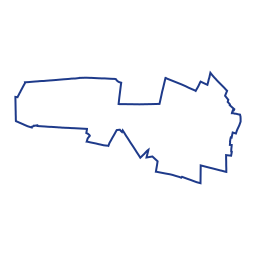 the district of Tezoyuca, México, Mexico
{"feature_id": "50627088B56189493981612", "entity_name": "Tezoyuca", "entity_type": "district", "adm_level": 2, "iso_a3": "MEX", "parent_name": "Mexico", "parent_adm1": "México", "projection": "albers", "projection_center": [-98.934, 19.594], "detail": "fine", "context": "isolated", "style": "outline", "palette": "blue", "viewbox_px": 256, "rotation_deg": 0, "n_neighbors": 0, "source": "geoboundaries", "source_scale": "gbopen_adm2", "svg_char_len": 4247}
<svg xmlns="http://www.w3.org/2000/svg" viewBox="0 0 256 256"><path d="M15.9,121.1L16.2,121.3L16.4,121.3L16.6,121.4L17.0,121.6L17.8,121.9L18.2,122.1L18.6,122.3L19.1,122.5L19.5,122.7L19.8,122.8L20.2,123.0L20.8,123.2L21.1,123.4L21.8,123.7L22.1,123.8L23.0,124.2L24.1,124.7L24.2,124.8L24.8,125.0L25.6,125.4L26.1,125.6L26.5,125.7L26.8,125.9L27.2,126.1L27.4,126.2L27.6,126.2L28.4,126.5L29.8,126.9L31.1,127.3L31.8,127.5L32.0,126.7L32.3,126.6L33.6,126.1L33.7,125.9L34.0,125.6L34.6,125.8L36.0,125.5L37.3,125.3L37.4,126.0L37.8,126.0L38.7,126.1L39.7,126.2L40.1,126.2L41.7,126.3L43.1,126.4L45.1,126.5L46.0,126.6L46.3,126.6L47.3,126.7L48.9,126.8L50.6,126.9L51.9,126.9L53.1,127.0L54.9,127.1L56.0,127.2L56.3,127.2L57.8,127.3L58.4,127.4L59.2,127.4L60.7,127.5L61.5,127.6L62.9,127.7L63.7,127.7L65.3,127.8L65.7,127.8L68.6,127.9L71.5,128.1L74.4,128.2L87.0,128.9L87.0,129.1L86.4,132.6L86.3,133.0L88.1,133.9L88.5,134.3L89.3,134.9L89.8,135.8L87.8,138.2L87.6,138.6L86.7,141.6L87.0,141.6L90.5,142.4L96.0,143.5L99.2,144.3L99.4,144.3L103.8,145.3L106.5,145.6L108.2,145.7L108.4,145.8L109.5,142.9L111.0,140.3L112.4,137.7L113.7,135.5L114.6,133.9L116.7,130.1L119.8,129.7L121.0,131.1L122.0,132.0L122.7,130.4L124.5,133.2L126.2,136.0L127.5,137.9L129.1,140.4L130.4,142.5L132.9,146.2L135.1,149.6L136.8,152.3L138.6,155.0L140.3,157.7L141.5,156.6L142.4,155.7L143.4,154.7L144.1,154.1L145.5,152.5L147.1,150.8L148.4,149.8L148.3,150.4L146.9,155.9L146.6,157.0L146.5,157.5L149.4,157.0L152.4,156.5L155.0,158.9L157.6,161.3L157.0,165.2L156.3,169.2L156.2,169.8L155.9,171.7L156.2,171.7L159.2,172.3L162.3,172.9L165.4,173.5L170.0,174.3L172.5,174.9L176.0,176.0L179.5,177.0L180.0,177.2L181.2,177.7L182.0,176.8L184.9,177.9L187.9,179.0L190.8,180.0L193.7,181.1L196.7,182.2L200.5,183.2L200.6,174.3L200.6,174.2L200.7,165.4L209.2,167.6L213.3,168.6L219.1,170.1L220.6,170.5L221.3,170.6L223.5,171.2L224.6,171.5L225.8,171.8L226.3,171.9L226.3,168.6L226.2,165.2L226.2,161.8L226.1,158.5L226.1,155.1L226.8,155.2L231.1,155.7L231.8,151.9L231.8,151.7L231.2,151.5L231.2,151.1L231.3,149.0L231.6,146.4L231.7,145.0L229.9,144.9L230.1,142.4L230.1,141.8L230.0,141.5L230.2,140.4L230.4,139.1L230.8,137.4L231.6,137.6L232.1,135.2L232.7,132.5L235.9,133.5L237.0,130.2L237.2,129.9L237.4,129.3L237.7,128.7L238.7,126.6L239.3,125.3L239.9,123.6L240.6,121.6L240.6,121.2L240.6,119.2L240.6,118.5L240.5,116.8L240.5,116.6L240.0,114.6L239.7,114.5L239.4,114.5L238.5,114.4L237.8,114.2L237.0,114.0L236.3,113.8L235.5,113.7L234.4,113.6L233.3,113.2L232.2,113.2L231.9,113.2L232.0,112.6L232.2,112.2L232.4,111.6L232.6,111.0L232.7,110.7L233.0,110.0L233.7,110.5L233.8,110.4L234.3,109.2L233.4,108.4L232.2,107.4L229.7,105.1L229.8,104.6L229.9,104.4L229.1,103.4L227.7,101.9L228.0,100.8L228.3,99.8L227.4,98.7L225.1,95.8L225.5,94.7L226.4,92.5L227.1,90.8L225.9,89.6L224.2,87.7L222.7,86.2L220.2,83.7L219.8,83.3L219.1,82.6L218.1,81.6L216.3,79.7L215.9,79.2L215.7,78.9L215.0,78.3L214.6,77.8L214.1,77.3L212.3,75.2L212.2,75.1L210.4,72.8L209.6,76.3L209.5,76.8L209.5,77.0L209.0,78.6L208.7,79.6L208.4,81.0L208.1,82.2L207.4,84.8L205.2,83.8L200.6,81.6L200.0,82.6L199.7,83.3L199.6,83.6L199.0,84.8L198.4,86.1L197.4,87.9L197.3,88.1L197.0,88.6L196.4,89.6L195.7,90.9L195.3,90.6L194.3,90.2L193.5,89.8L192.2,89.3L191.6,89.0L190.2,88.4L188.6,87.7L185.8,86.3L184.7,85.8L181.5,84.4L166.2,78.3L165.8,77.9L165.5,77.9L163.1,88.0L162.1,91.9L161.4,95.3L159.5,103.9L151.7,104.1L140.2,104.3L138.6,104.3L130.5,104.2L119.2,104.1L118.6,104.0L119.3,97.7L119.7,94.6L120.7,86.4L121.2,82.7L120.6,82.5L119.7,82.3L118.9,82.0L118.2,81.6L117.4,81.0L116.5,80.1L115.8,79.1L114.4,78.9L111.2,78.8L107.8,78.6L104.6,78.4L101.7,78.4L97.3,78.2L92.0,77.9L88.0,77.8L86.6,77.7L82.7,77.8L79.6,77.9L79.4,77.9L79.3,78.0L75.3,78.5L71.6,78.6L69.2,78.9L66.6,79.1L63.7,79.3L61.4,79.5L59.0,79.7L56.9,79.9L56.0,80.0L55.4,80.0L54.7,80.1L50.7,80.4L50.2,80.4L49.2,80.5L45.5,80.8L44.7,80.9L43.4,81.0L41.8,81.0L40.3,81.1L38.9,81.2L38.3,81.3L36.9,81.4L35.3,81.5L31.7,81.8L28.4,82.1L25.0,82.3L25.1,82.8L24.6,83.8L23.9,85.0L23.2,86.3L22.5,87.6L22.3,88.0L22.0,88.6L21.0,90.4L20.7,91.0L20.5,91.4L20.2,92.1L19.7,92.9L18.6,95.1L17.6,96.9L17.5,97.2L15.4,96.9L15.4,97.0L15.4,97.6L15.5,102.7L15.6,108.3L15.6,108.6L15.6,109.0L15.7,111.8L15.7,113.7L15.8,117.1L15.8,119.0L15.9,121.1Z" fill="none" stroke="#1e3a8a" stroke-width="2"/></svg>